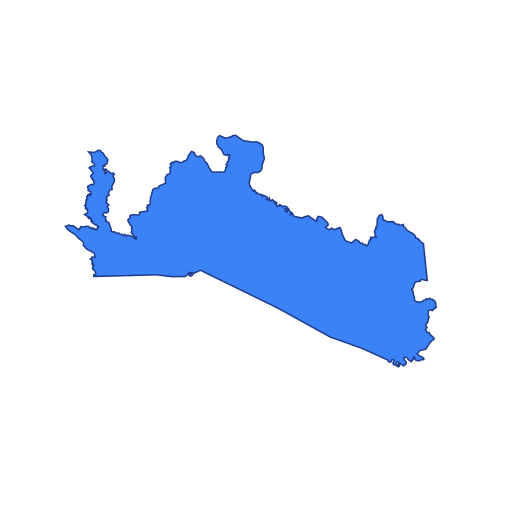 Tibú, Norte de Santander, Colombia, rotated 127°
{"feature_id": "7082276B23933062741111", "entity_name": "Tibú", "entity_type": "district", "adm_level": 2, "iso_a3": "COL", "parent_name": "Colombia", "parent_adm1": "Norte de Santander", "projection": "natural_earth1", "projection_center": [-72.788, 8.696], "detail": "fine", "context": "isolated", "style": "filled", "palette": "blue", "viewbox_px": 512, "rotation_deg": 127, "n_neighbors": 0, "source": "geoboundaries", "source_scale": "gbopen_adm2", "svg_char_len": 6098}
<svg xmlns="http://www.w3.org/2000/svg" viewBox="0 0 512 512"><g transform="rotate(127 256 256)"><path d="M163.8,322.4L164.8,324.8L167.0,327.0L171.6,335.9L171.9,345.0L174.2,347.3L175.3,347.2L180.2,351.1L181.8,357.7L185.2,357.7L187.7,356.7L190.2,354.6L190.2,353.3L191.2,352.5L192.1,346.9L194.3,342.7L193.1,339.6L191.7,339.5L191.9,338.0L191.3,338.1L191.4,337.4L193.9,337.1L194.0,335.8L195.1,336.2L196.8,335.1L198.1,335.7L199.5,334.6L201.1,334.9L201.5,332.9L203.4,333.4L206.1,332.0L209.1,332.5L210.0,334.5L215.4,341.4L213.6,347.0L211.6,350.4L211.0,354.2L209.5,356.9L209.4,360.7L211.1,361.4L212.3,363.6L212.1,365.1L210.6,367.6L211.2,370.4L216.1,370.4L221.5,369.1L223.6,370.8L225.3,370.9L226.9,372.5L227.8,375.9L229.1,377.7L231.5,378.1L231.1,378.8L231.6,379.4L234.3,379.8L235.1,377.8L237.5,378.1L238.8,376.2L242.3,374.3L244.5,376.0L248.1,375.6L252.3,372.0L258.2,375.4L260.8,375.4L263.5,378.0L265.1,378.3L273.9,374.8L279.1,371.4L280.8,373.3L281.8,372.1L283.2,372.5L285.2,369.6L291.2,375.3L292.2,374.1L294.1,374.4L297.5,379.7L299.6,381.0L301.6,379.5L303.7,380.1L305.0,379.6L307.1,374.5L306.9,372.5L309.0,372.2L309.7,370.5L312.1,370.0L313.0,368.3L312.6,367.1L313.9,365.8L313.4,365.0L313.9,363.9L312.9,363.0L314.0,362.0L315.0,362.4L314.6,364.6L315.2,367.5L316.6,370.9L318.4,371.7L317.7,373.1L317.9,374.1L319.6,374.3L319.4,376.1L320.4,377.7L320.3,379.7L321.9,381.1L321.9,383.6L323.4,385.6L323.3,386.7L321.9,387.5L317.8,393.9L318.8,396.7L317.5,397.2L317.0,398.8L315.1,399.2L315.8,402.3L315.4,403.4L312.6,403.2L311.3,401.1L309.4,400.6L307.2,402.0L306.3,404.6L303.9,404.2L303.2,407.9L302.2,408.7L300.9,408.5L298.8,411.2L295.7,409.8L294.8,411.8L291.1,412.4L289.3,410.9L287.6,412.9L281.4,414.1L279.6,415.6L278.1,418.7L276.0,418.3L275.7,419.9L277.7,421.8L277.0,423.6L277.3,425.3L281.0,426.1L279.1,428.4L278.0,427.1L277.0,427.2L276.9,428.2L279.1,430.3L276.2,432.3L275.3,430.9L274.8,431.9L272.2,430.6L268.6,432.0L267.8,433.2L267.4,436.2L265.8,440.4L266.2,442.0L265.4,443.4L266.3,445.4L270.5,447.3L273.6,452.3L274.3,448.8L275.3,447.2L278.1,444.4L279.3,444.2L280.1,440.1L281.0,439.3L284.6,442.1L286.1,442.3L287.3,436.4L288.4,435.7L290.5,436.5L291.9,435.9L292.9,434.0L292.7,432.3L293.5,432.3L293.7,430.4L294.8,430.0L295.1,429.1L296.9,428.7L297.9,430.7L301.9,432.4L303.7,429.9L304.8,429.6L304.2,426.7L306.0,425.0L306.7,426.3L306.9,425.3L307.8,425.0L308.4,427.1L310.8,426.9L311.9,424.9L313.7,425.5L314.2,424.4L315.9,424.1L316.2,423.4L318.3,423.2L318.0,422.9L319.6,421.6L319.8,420.5L320.3,420.9L320.9,420.3L320.1,419.7L320.4,418.2L321.1,418.2L321.7,417.2L323.2,416.6L326.1,417.9L325.8,414.5L326.9,411.8L325.6,413.3L325.0,412.4L325.8,411.1L325.5,410.1L326.5,409.9L326.8,408.7L327.6,408.4L326.8,407.4L328.0,406.7L327.4,406.0L328.0,403.5L327.2,401.6L327.3,398.5L328.0,400.2L329.8,399.0L330.9,399.0L331.6,399.7L331.0,400.2L332.4,402.3L331.8,402.6L332.5,403.0L332.4,404.1L333.0,404.1L332.9,405.1L333.6,406.2L333.1,407.5L334.6,409.8L335.8,410.2L337.5,413.0L338.1,413.6L341.6,413.1L341.8,420.2L343.3,422.0L343.9,424.3L345.6,424.8L346.9,426.1L348.3,421.7L347.7,412.1L348.6,408.8L348.7,403.0L349.4,401.4L351.0,400.7L351.7,399.4L352.3,395.1L351.0,386.9L353.9,383.8L355.5,386.4L356.7,385.7L358.8,386.9L358.1,386.2L357.9,383.9L359.3,383.5L359.5,382.4L360.9,382.4L360.5,381.9L361.2,381.1L361.0,379.9L361.9,380.3L363.9,379.4L364.0,378.4L364.7,378.4L365.1,375.2L366.9,373.0L368.0,372.9L368.6,374.4L369.9,373.1L331.0,324.3L323.0,310.6L315.2,300.4L311.2,299.3L309.5,299.5L309.7,298.0L311.9,297.6L310.8,295.5L309.0,295.4L309.0,297.8L308.3,298.0L307.1,294.8L305.4,294.6L304.5,293.6L300.9,292.0L284.5,207.3L276.1,148.2L266.0,115.7L259.8,88.3L260.7,86.4L259.6,84.5L256.8,85.0L256.1,84.3L256.2,82.9L259.2,82.1L260.0,80.8L259.0,78.8L256.0,79.7L255.3,79.3L255.1,78.0L256.3,77.1L259.0,77.6L258.9,75.6L257.4,75.2L256.2,76.4L255.2,76.3L254.9,71.8L251.5,71.3L250.4,72.2L249.3,75.5L248.0,76.6L247.3,76.5L246.3,74.4L247.2,71.7L246.7,70.0L247.3,68.6L244.2,68.1L242.4,69.3L241.5,69.2L241.3,68.4L242.8,66.8L243.0,65.2L241.8,62.8L239.8,61.9L237.9,59.7L237.0,60.0L236.6,61.2L237.4,66.3L237.0,68.3L233.1,68.3L228.4,64.4L220.1,64.9L215.1,63.8L214.4,64.5L213.7,70.4L212.9,71.7L214.1,73.0L212.9,76.4L210.2,76.3L209.5,78.5L208.3,79.1L205.0,79.1L202.1,80.9L200.5,80.9L199.7,83.2L195.6,85.5L194.2,84.6L193.5,82.3L188.2,81.3L187.5,82.7L185.4,84.0L184.3,86.5L184.5,89.3L185.5,90.5L185.1,91.7L187.5,93.1L187.7,94.3L189.1,94.3L190.8,95.7L192.2,95.5L194.0,97.1L195.9,100.4L196.2,102.6L193.7,104.5L192.0,107.2L189.7,109.3L189.5,111.3L188.6,111.8L188.0,111.1L186.0,111.6L181.0,113.3L177.2,109.6L175.8,110.1L174.2,108.6L174.2,107.6L172.5,104.5L145.4,129.7L145.6,132.5L144.6,136.5L145.4,139.5L144.3,140.5L143.6,143.9L144.5,148.8L144.2,152.7L143.5,154.0L143.7,155.8L142.1,157.3L145.0,159.5L144.7,160.8L146.4,163.7L145.9,166.9L149.6,171.7L150.4,176.5L148.0,178.5L147.4,180.7L149.3,182.0L153.4,181.4L159.4,177.3L160.9,177.7L161.8,176.4L162.6,176.9L165.5,175.9L168.8,171.4L169.1,172.8L170.3,173.2L172.3,175.7L173.6,174.0L174.8,174.9L179.3,173.4L181.4,173.7L181.1,175.7L182.1,177.2L181.6,178.7L183.1,180.2L182.3,182.5L182.8,186.4L188.0,187.5L189.9,193.2L189.3,195.4L186.5,200.5L183.4,204.4L182.8,206.2L187.8,209.3L188.2,212.4L190.7,213.1L191.4,214.8L191.3,217.7L188.0,216.9L186.6,218.2L185.2,226.5L187.0,230.3L190.3,229.7L191.2,228.6L192.1,228.7L192.4,238.5L195.8,241.1L197.8,241.9L201.4,249.5L200.3,252.1L202.0,253.3L199.8,253.5L200.2,254.5L199.4,257.8L201.4,258.9L201.6,257.8L202.2,257.6L201.9,259.3L202.4,259.9L200.8,261.1L198.8,258.6L198.2,261.0L199.0,263.5L200.7,264.2L200.3,265.3L200.8,267.8L201.6,267.3L202.0,268.6L203.7,268.9L202.7,271.0L201.0,271.3L201.2,273.1L202.4,273.0L201.3,274.4L201.2,276.9L202.5,276.6L202.8,278.3L203.6,278.6L201.6,280.4L204.4,281.0L204.5,281.9L202.3,282.7L203.0,283.2L202.6,283.8L202.7,285.7L203.4,287.1L204.2,286.9L203.5,288.2L205.1,291.3L204.8,293.5L205.8,293.6L204.2,296.5L204.4,297.1L205.8,297.0L205.8,297.6L203.4,303.4L200.8,306.4L199.8,306.1L193.8,309.4L190.1,307.5L188.3,304.8L185.4,303.5L182.2,304.0L180.3,305.7L173.0,308.0L169.9,311.7L164.5,316.1L163.5,318.3L163.8,322.4Z" fill="#3b82f6" stroke="#1e3a8a" stroke-width="1.5"/></g></svg>